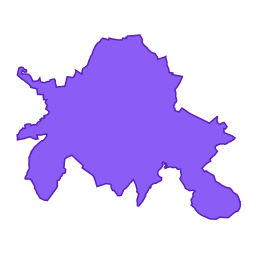 the district of La Unión, Sucre, Colombia, rotated 89°
{"feature_id": "7082276B70731756004161", "entity_name": "La Unión", "entity_type": "district", "adm_level": 2, "iso_a3": "COL", "parent_name": "Colombia", "parent_adm1": "Sucre", "projection": "mercator", "projection_center": [-75.264, 8.814], "detail": "fine", "context": "isolated", "style": "filled", "palette": "violet", "viewbox_px": 256, "rotation_deg": 89, "n_neighbors": 0, "source": "geoboundaries", "source_scale": "gbopen_adm2", "svg_char_len": 5816}
<svg xmlns="http://www.w3.org/2000/svg" viewBox="0 0 256 256"><g transform="rotate(89 128 128)"><path d="M155.4,41.2L154.1,39.8L153.6,39.9L153.4,39.7L153.4,39.4L152.8,39.0L152.4,39.5L151.4,40.3L149.5,41.3L147.7,40.7L146.7,38.8L146.3,39.0L146.1,37.5L145.5,36.0L145.7,34.2L145.4,32.8L145.9,31.8L145.9,31.0L145.3,29.7L143.9,27.5L143.3,25.8L141.6,22.9L140.9,22.1L139.8,21.2L137.6,24.2L134.4,32.0L130.2,32.2L130.7,30.6L128.5,29.0L124.1,31.7L124.5,33.6L126.0,35.8L125.3,37.6L122.2,39.1L121.3,38.8L118.3,38.4L118.1,38.7L124.5,46.5L114.9,65.5L109.0,73.7L112.8,76.7L112.3,78.0L112.1,79.2L111.2,80.8L109.8,80.6L108.6,81.6L107.8,81.8L106.7,81.9L106.0,81.6L106.0,81.4L103.9,80.5L103.1,79.6L102.7,79.3L101.3,78.9L97.5,79.7L93.4,79.6L92.3,79.9L90.8,80.5L86.4,77.2L84.5,76.0L81.9,74.6L77.5,72.7L75.3,83.1L73.9,82.1L73.2,85.7L68.9,86.5L67.3,87.4L66.0,87.9L62.1,88.0L59.0,89.0L58.0,89.0L57.2,88.9L58.7,93.0L59.7,97.2L57.6,97.3L55.3,99.0L54.3,99.3L53.7,100.5L53.3,102.4L52.2,104.0L50.6,105.6L50.2,106.3L48.0,107.6L46.2,109.8L44.0,111.6L43.2,112.1L42.3,112.4L40.4,112.2L39.1,112.4L35.2,114.5L35.8,121.2L36.1,127.0L37.3,127.3L37.2,128.4L38.4,128.6L38.1,131.8L39.8,132.1L39.8,136.4L38.7,142.2L37.8,145.4L39.5,145.8L37.8,151.5L38.1,152.2L39.1,153.2L41.3,154.7L42.1,156.3L42.8,157.1L45.7,159.3L45.8,159.2L49.5,161.2L53.9,162.7L56.1,164.3L57.7,164.6L59.5,165.7L61.6,166.3L64.2,167.3L65.1,168.0L65.7,168.7L66.8,170.3L67.6,171.9L68.1,172.3L69.5,172.7L73.3,173.2L69.4,179.3L70.8,179.0L75.1,180.7L75.0,180.9L76.5,181.6L76.5,182.8L75.7,187.9L85.4,190.4L85.2,192.4L85.8,199.0L84.6,199.1L82.0,199.8L79.5,199.9L78.6,200.2L77.7,200.8L78.5,204.9L79.6,205.2L79.9,205.5L80.1,207.4L81.3,210.8L80.3,214.6L76.5,215.3L79.3,217.3L79.4,217.9L79.6,222.4L76.5,223.6L74.5,224.6L73.4,225.6L72.7,226.6L72.5,226.9L72.0,233.6L70.2,233.3L68.9,232.7L70.3,230.7L70.2,228.5L68.8,228.4L68.1,228.7L67.2,231.1L66.0,231.8L65.3,233.6L65.8,235.7L66.7,236.0L66.8,236.2L73.0,237.7L73.3,237.5L77.2,233.4L78.7,230.9L80.5,229.0L81.3,227.8L82.9,225.9L83.7,225.2L84.9,224.6L85.6,224.5L87.3,218.4L92.8,217.8L93.2,212.2L94.0,212.2L98.2,211.9L98.4,208.8L100.8,210.3L102.5,209.4L104.1,208.2L107.3,210.0L108.6,208.3L110.6,206.3L112.4,207.5L113.4,208.6L114.1,210.9L114.0,211.1L114.3,211.7L114.7,211.9L115.0,211.9L115.6,211.4L116.1,211.1L116.3,211.2L116.8,213.3L116.7,214.2L117.0,214.7L117.6,214.8L118.4,214.6L118.2,215.8L118.5,215.8L119.2,215.4L119.5,215.4L120.8,218.0L121.4,218.5L123.2,219.4L123.3,219.8L123.0,220.2L123.1,221.2L122.9,221.6L122.9,222.2L123.8,224.1L124.0,224.9L122.4,225.3L122.3,226.2L122.4,229.2L123.1,230.8L123.5,231.2L126.6,230.6L126.9,231.4L126.1,233.1L126.3,233.4L127.6,234.3L128.8,235.9L132.6,237.9L133.0,239.0L135.3,238.8L135.6,238.4L136.2,238.0L136.6,238.2L136.8,238.8L138.0,238.7L137.3,235.6L136.8,232.1L135.0,226.1L136.2,224.1L137.7,220.7L137.2,218.1L135.9,218.7L135.3,218.7L134.6,219.2L133.5,219.3L133.5,214.5L132.9,212.8L132.8,210.6L133.0,209.0L134.5,209.4L135.7,210.1L139.1,212.8L139.4,214.6L140.4,216.0L145.8,222.2L147.0,222.6L148.2,223.9L149.7,224.5L149.6,225.1L150.4,225.2L151.1,225.0L151.6,225.3L151.4,225.6L154.2,226.7L155.2,226.9L155.2,227.3L156.0,227.5L158.5,227.4L163.1,227.7L165.8,227.4L167.3,227.5L169.4,229.0L172.0,229.8L172.9,229.8L174.1,230.8L175.5,231.6L177.1,231.7L177.5,226.4L177.8,226.3L178.4,225.4L178.5,225.7L181.6,223.9L184.8,222.3L185.8,222.5L186.8,222.3L188.8,221.1L191.4,220.3L193.1,219.2L193.9,218.6L196.1,217.4L196.5,217.1L197.2,216.0L198.7,212.8L198.9,210.4L199.1,209.9L186.4,200.2L185.4,200.0L184.6,199.5L183.8,199.9L182.8,199.5L180.8,199.8L179.8,199.6L179.4,199.3L178.9,197.9L178.3,197.3L175.6,196.0L174.7,195.0L172.7,194.4L172.4,193.8L171.8,191.7L171.1,191.3L168.5,191.1L167.6,191.8L166.8,192.6L166.1,193.0L164.9,192.5L163.2,192.5L157.6,191.7L157.5,191.2L156.3,189.5L154.2,184.5L158.6,180.1L164.9,173.4L167.0,174.6L174.6,164.1L175.5,163.4L179.9,161.7L186.0,160.0L184.7,155.5L183.2,151.0L183.8,146.7L184.0,146.1L187.8,145.7L190.2,144.4L190.4,143.9L190.0,143.1L195.5,139.4L195.6,138.6L195.3,136.0L190.3,133.7L189.5,133.3L187.9,130.8L187.4,130.3L182.9,126.8L182.2,125.9L179.6,123.6L184.6,121.3L185.7,120.9L190.7,119.9L191.6,120.4L192.9,119.6L193.7,118.6L194.5,118.6L200.2,120.3L203.5,119.9L205.4,120.0L206.1,119.8L205.9,118.4L201.3,114.5L195.9,111.4L195.0,111.7L194.5,111.5L193.5,110.6L192.5,109.9L187.9,107.4L188.3,106.7L187.3,106.0L186.8,106.7L185.7,105.9L185.1,105.2L183.9,103.3L183.6,100.7L182.5,99.1L181.8,96.9L181.3,96.2L180.3,95.3L178.2,95.3L177.1,97.5L176.3,98.2L174.8,98.9L173.4,99.1L171.4,98.6L168.4,95.4L168.6,95.4L165.8,93.9L164.3,94.5L162.5,93.3L163.1,92.6L163.5,92.5L164.7,92.4L164.2,90.7L163.8,90.5L163.9,90.3L165.6,90.7L166.0,89.5L166.8,89.9L166.4,90.9L166.1,90.8L167.0,91.7L168.4,92.2L169.0,91.1L168.4,90.1L168.2,89.6L167.5,86.5L168.4,84.2L168.2,80.9L168.5,80.4L169.9,79.5L170.1,78.3L170.0,76.6L170.4,76.3L171.3,76.0L174.0,76.0L175.4,75.4L177.2,75.7L179.7,76.9L184.7,73.9L186.8,72.5L189.1,71.8L191.7,67.7L191.4,63.5L192.2,62.1L194.4,64.0L194.9,64.2L197.6,64.2L199.7,65.3L200.3,66.0L200.8,66.2L201.2,66.2L202.0,65.8L203.2,65.8L204.6,65.3L205.3,65.4L205.6,66.0L206.2,66.2L206.5,65.5L206.8,65.4L208.6,63.4L209.7,62.5L211.5,61.5L214.5,58.7L215.7,56.9L216.6,55.8L217.2,54.1L217.7,53.8L217.9,52.8L220.0,48.5L220.2,47.8L220.8,41.5L220.4,40.5L219.0,38.5L218.7,37.6L219.1,34.7L219.4,29.6L218.7,28.3L215.7,24.9L213.9,22.3L213.6,21.8L212.9,19.4L212.4,19.2L210.8,18.1L208.7,17.3L206.5,17.0L205.3,17.0L204.6,17.2L203.8,17.2L203.9,17.5L202.0,18.0L201.9,17.9L198.7,19.0L196.4,20.4L194.7,23.2L194.2,23.8L191.5,25.6L189.8,27.4L189.6,27.9L189.6,28.7L189.1,30.8L187.7,33.7L187.4,34.8L187.1,35.0L184.5,38.3L183.1,40.9L182.1,41.6L177.2,43.0L176.5,43.9L175.4,46.2L172.2,50.5L173.2,52.1L169.5,54.8L165.2,50.4L162.4,45.9L160.7,46.6L160.4,46.4L157.3,43.0L156.6,41.8L155.4,41.2Z" fill="#8b5cf6" stroke="#5b21b6" stroke-width="1.5"/></g></svg>